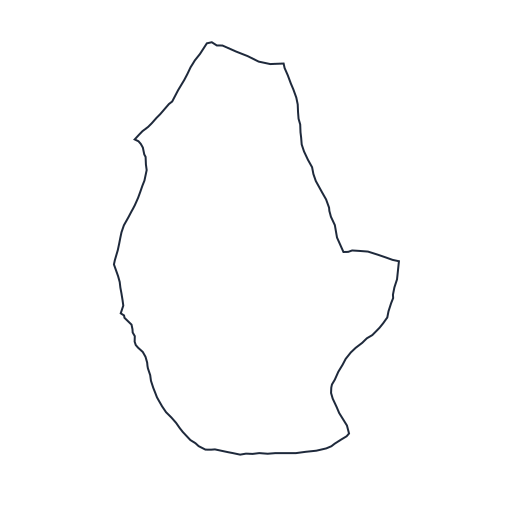 the district of Okitipupa, Ondo, Nigeria, rotated 12°
{"feature_id": "59680162B5540117047510", "entity_name": "Okitipupa", "entity_type": "district", "adm_level": 2, "iso_a3": "NGA", "parent_name": "Nigeria", "parent_adm1": "Ondo", "projection": "natural_earth1", "projection_center": [4.71, 6.565], "detail": "fine", "context": "isolated", "style": "outline", "palette": "slate", "viewbox_px": 512, "rotation_deg": 12, "n_neighbors": 0, "source": "geoboundaries", "source_scale": "gbopen_adm2", "svg_char_len": 2374}
<svg xmlns="http://www.w3.org/2000/svg" viewBox="0 0 512 512"><g transform="rotate(12 256 256)"><path d="M383.9,410.3L380.2,402.9L370.0,392.3L366.3,387.0L360.7,379.6L357.9,374.4L357.0,369.1L357.0,365.9L358.8,360.6L360.6,352.1L363.3,344.4L365.1,338.0L368.8,330.6L372.5,325.2L378.0,318.8L379.9,315.9L381.6,313.4L386.2,309.2L391.7,300.6L394.4,295.3L396.5,290.4L397.2,288.9L397.1,282.5L398.0,273.9L398.9,268.6L398.0,265.4L397.9,258.0L398.2,255.1L398.8,249.5L397.9,240.9L396.9,231.4L390.4,231.4L383.1,230.4L374.8,229.4L364.6,228.4L356.3,229.5L348.9,230.6L345.3,232.8L340.7,233.9L331.4,221.1L326.7,209.4L321.1,202.0L319.9,199.6L318.4,196.7L317.4,193.5L312.8,186.1L312.0,185.2L307.2,179.8L298.9,170.2L295.1,163.9L292.4,157.5L286.8,151.1L281.2,143.7L277.5,137.4L275.6,131.0L273.8,125.7L271.9,118.2L269.1,112.9L267.2,106.5L265.3,99.1L262.5,92.7L257.9,85.3L254.2,80.0L249.5,72.6L244.9,66.2L243.0,62.0L233.1,64.5L230.1,65.3L218.2,65.3L206.2,62.2L196.0,60.5L194.2,60.2L179.4,57.1L173.9,58.2L168.3,56.1L163.7,58.2L159.2,70.0L155.5,77.4L154.1,81.4L152.8,84.9L151.0,92.4L149.2,98.8L145.5,109.5L145.2,110.5L141.9,122.3L139.2,125.5L132.8,137.2L130.0,141.5L126.4,147.9L123.6,152.2L119.0,157.5L116.3,161.8L113.1,167.2L117.2,168.2L120.0,170.3L122.8,173.5L124.2,176.7L125.6,179.9L127.4,182.0L129.3,189.4L131.2,194.7L131.2,198.6L131.2,199.0L131.2,205.4L131.0,206.6L130.3,210.7L129.5,217.1L128.6,223.5L127.7,227.8L126.8,232.0L126.6,232.6L125.9,235.2L124.9,238.4L123.1,244.8L120.4,253.4L119.5,260.8L119.5,266.2L119.6,272.5L119.6,278.9L118.8,289.5L118.8,291.0L118.8,293.8L125.3,304.4L128.1,309.8L129.9,315.1L132.1,320.4L134.6,326.8L136.5,332.1L135.6,340.2L139.3,341.6L140.2,343.8L143.7,346.0L146.4,347.7L148.5,349.0L150.4,353.3L151.3,356.5L154.1,359.6L155.1,365.0L156.9,368.1L159.7,370.2L165.2,373.4L168.9,377.6L171.7,382.9L172.7,386.1L173.6,388.3L177.3,394.6L179.2,399.9L182.9,406.3L185.7,410.5L188.5,414.8L190.5,417.1L191.3,418.0L194.8,421.9L195.0,422.2L200.5,427.5L207.0,431.7L212.6,435.9L217.2,440.2L220.9,443.3L225.5,446.5L230.1,449.7L235.7,451.7L239.4,453.9L246.8,455.9L252.3,454.8L256.0,453.7L260.6,453.7L267.0,453.7L269.6,453.7L274.0,453.6L275.3,453.6L281.8,453.6L287.3,451.4L293.8,450.3L300.2,448.1L308.5,447.0L315.9,444.8L336.1,440.5L345.3,437.2L355.5,433.9L364.7,429.6L369.3,426.4L372.0,423.2L377.5,417.8L382.1,413.5L383.9,410.3Z" fill="none" stroke="#1e293b" stroke-width="2"/></g></svg>